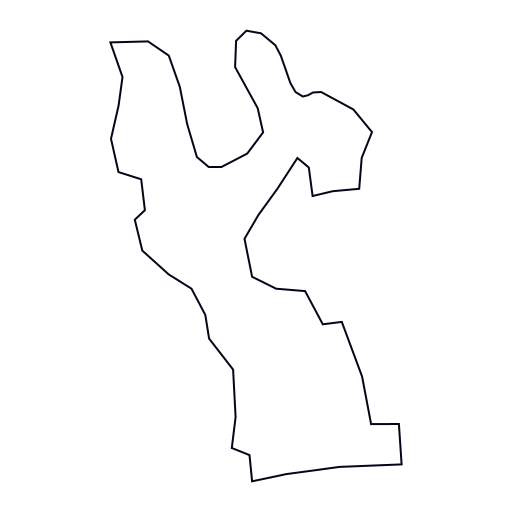 outline of Rujienas
{"feature_id": "LVA-5796", "entity_name": "Rujienas", "entity_type": "Municipality", "adm_level": 1, "iso_a3": "LVA", "parent_name": "Latvia", "parent_adm1": "", "projection": "albers", "projection_center": [25.272, 57.927], "detail": "fine", "context": "isolated", "style": "outline", "palette": "ink", "viewbox_px": 512, "rotation_deg": 0, "n_neighbors": 0, "source": "natural_earth", "source_scale": "10m", "svg_char_len": 865}
<svg xmlns="http://www.w3.org/2000/svg" viewBox="0 0 512 512"><path d="M246.4,30.7L261.0,33.3L275.3,45.2L280.8,55.6L290.4,83.1L295.5,92.0L302.8,96.5L307.8,95.3L313.0,92.5L321.1,92.0L353.4,109.5L372.0,132.1L361.7,157.9L359.2,188.8L332.8,191.2L312.6,196.0L308.8,167.5L297.4,158.0L277.3,188.9L258.4,215.0L244.5,238.8L252.1,276.8L276.1,288.7L305.1,291.1L322.8,324.3L341.8,321.9L362.1,376.6L371.1,424.1L398.9,424.0L401.6,464.4L339.5,466.9L286.3,474.1L252.1,481.3L249.5,455.1L231.8,448.0L235.6,417.1L233.1,369.6L209.1,338.6L205.3,314.9L191.5,288.7L168.7,274.4L142.3,250.6L134.8,219.7L144.9,210.2L141.2,179.3L118.5,172.1L111.0,138.8L118.6,105.5L122.5,77.0L110.4,42.4L148.0,41.4L168.8,55.6L179.8,86.8L187.2,124.2L196.9,157.0L208.7,167.0L221.4,167.0L247.2,153.6L263.1,132.4L257.7,108.2L235.1,67.1L236.1,40.8L246.4,30.7Z" fill="none" stroke="#020617" stroke-width="2"/></svg>